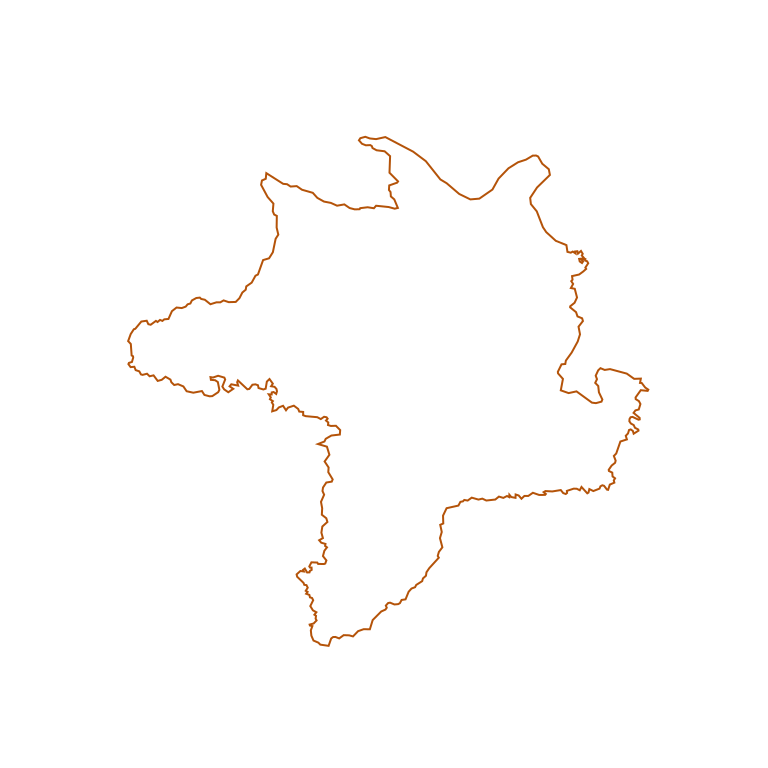 outline of Armero, Tolima, Colombia, rotated 290°
{"feature_id": "7082276B14946776938567", "entity_name": "Armero", "entity_type": "district", "adm_level": 2, "iso_a3": "COL", "parent_name": "Colombia", "parent_adm1": "Tolima", "projection": "robinson", "projection_center": [-74.888, 5.016], "detail": "fine", "context": "isolated", "style": "outline", "palette": "amber", "viewbox_px": 768, "rotation_deg": 290, "n_neighbors": 0, "source": "geoboundaries", "source_scale": "gbopen_adm2", "svg_char_len": 6166}
<svg xmlns="http://www.w3.org/2000/svg" viewBox="0 0 768 768"><g transform="rotate(290 384 384)"><path d="M608.9,457.7L621.0,460.6L637.2,468.4L642.2,465.4L645.1,457.4L650.5,451.0L650.7,448.8L649.5,445.7L643.4,440.7L638.2,434.1L629.3,427.2L616.2,421.4L603.8,419.4L590.8,410.2L587.0,402.0L588.3,389.7L594.1,374.2L595.5,367.0L607.7,347.1L612.3,331.9L616.5,300.8L611.4,292.8L609.9,286.7L609.9,281.9L606.9,277.7L604.4,277.1L602.2,281.2L602.1,285.3L603.8,289.4L603.4,291.2L601.8,292.5L601.1,297.1L602.9,305.0L600.2,311.8L584.4,316.9L579.2,327.9L577.7,327.5L572.4,321.0L568.0,322.3L566.6,324.5L562.6,326.3L561.0,330.5L554.2,336.8L552.4,334.1L551.9,327.9L548.8,315.6L545.7,314.4L544.5,308.2L541.1,301.5L539.9,301.3L538.1,296.8L537.6,291.5L539.2,285.3L535.5,278.9L536.0,272.1L534.9,265.2L536.1,257.7L539.3,251.7L538.5,240.5L540.1,234.3L537.6,228.7L538.6,224.6L537.6,220.8L541.9,201.3L536.4,202.7L533.5,199.7L529.1,200.4L519.9,210.7L515.7,218.4L508.3,220.4L505.7,222.8L505.3,225.8L494.3,229.6L488.2,233.6L483.4,232.5L469.8,234.5L462.8,233.0L459.1,228.0L443.8,228.1L441.8,226.2L434.0,225.0L428.6,221.2L425.3,221.8L421.5,219.6L415.2,218.8L410.4,216.6L407.8,210.1L407.7,204.7L404.7,202.2L403.5,198.7L399.6,193.6L401.9,186.8L401.4,183.1L402.2,181.4L400.6,178.2L396.8,174.9L393.4,174.5L391.7,172.2L388.9,171.2L386.2,168.0L384.9,162.9L379.9,159.8L371.4,159.2L369.6,155.4L367.5,154.2L367.6,151.6L364.8,150.0L365.3,148.1L359.9,144.5L359.6,142.1L362.3,139.4L359.7,134.6L350.8,131.4L349.9,130.2L344.3,128.9L336.8,128.9L335.0,132.4L324.5,137.1L324.2,138.7L323.0,139.3L318.5,139.6L316.6,137.1L315.3,137.0L313.2,140.1L314.8,143.5L312.1,145.9L312.2,149.7L309.9,152.3L310.0,154.0L312.6,157.8L311.1,161.1L313.3,164.5L309.5,170.3L311.9,173.7L316.1,176.2L315.1,181.8L312.9,183.6L311.3,187.2L313.4,190.5L313.1,196.3L309.7,201.0L310.6,207.8L315.1,215.3L312.3,219.0L312.8,224.4L313.9,226.8L319.6,231.0L322.2,231.3L329.0,227.2L329.8,224.0L328.7,219.9L331.1,218.6L331.6,221.1L335.0,225.3L335.4,231.8L333.9,233.2L326.3,233.0L324.3,235.6L323.0,240.5L327.9,244.0L329.0,239.7L331.5,240.6L332.6,247.5L335.5,245.4L337.4,245.5L332.3,257.4L333.3,259.1L338.3,260.6L339.7,263.3L339.7,266.0L337.3,267.5L337.6,272.5L339.1,274.4L346.2,273.1L349.5,274.7L346.3,279.4L343.3,278.7L343.9,282.1L342.6,284.6L340.6,285.9L337.8,286.1L338.7,283.0L337.7,281.4L335.7,282.0L334.9,279.2L332.7,282.2L330.7,282.0L329.9,285.4L328.3,284.9L326.6,287.1L320.1,288.3L322.7,291.8L326.0,293.2L329.0,296.6L325.8,300.9L329.0,301.9L332.8,306.7L331.2,311.9L329.1,313.8L330.1,317.6L327.0,318.7L327.0,321.4L330.0,332.7L329.4,336.6L332.7,338.9L333.1,341.4L332.1,342.9L329.8,342.0L328.8,344.8L326.3,345.4L326.4,348.4L328.3,353.1L325.7,358.6L321.4,359.8L317.6,352.2L312.6,348.0L309.6,347.7L305.0,342.5L305.6,351.8L298.8,356.9L290.9,354.7L286.6,360.5L282.1,361.8L276.8,368.4L274.4,368.3L271.7,363.5L265.9,362.1L262.4,362.8L259.5,365.6L251.7,365.1L246.1,368.4L239.9,370.3L238.1,375.7L235.0,378.0L229.0,374.8L222.9,376.0L218.3,379.3L215.0,376.5L213.4,379.3L213.7,383.7L211.7,384.0L211.0,386.3L206.9,385.0L201.4,385.5L198.5,390.2L195.2,390.2L194.3,389.2L192.4,383.6L193.4,382.4L191.6,376.8L187.0,376.2L186.2,377.3L186.7,378.7L184.6,379.6L183.0,378.3L181.5,378.4L180.6,376.2L183.5,372.7L181.6,371.5L180.4,372.8L179.7,369.4L175.2,367.0L173.2,368.3L169.6,376.4L168.0,377.8L168.5,379.9L166.5,382.0L162.9,381.2L162.5,383.3L160.3,382.6L160.3,386.0L158.2,387.4L158.3,389.6L156.6,391.4L150.1,390.7L147.0,394.6L146.4,398.5L143.4,397.5L142.9,399.4L140.1,400.0L138.8,401.5L134.9,399.8L132.5,396.4L131.7,397.0L132.0,399.5L127.5,399.5L122.7,401.8L118.8,405.5L118.5,410.8L117.3,413.3L119.0,421.5L126.8,421.4L128.8,422.7L129.7,424.9L129.6,428.9L134.2,432.0L135.9,437.2L136.2,441.2L142.9,444.2L146.6,448.7L148.7,454.6L158.3,454.1L169.3,459.2L172.5,462.5L174.7,463.1L176.4,461.5L179.6,462.8L180.6,464.5L180.4,469.2L182.0,472.6L183.5,473.9L187.1,474.4L189.0,477.9L197.2,478.2L201.2,479.8L203.7,482.7L206.2,483.0L211.8,487.3L214.6,487.1L218.2,489.0L221.6,488.3L226.4,489.5L239.5,494.9L240.8,493.3L245.0,493.0L250.5,494.7L258.3,489.3L264.7,488.9L270.9,485.0L273.2,487.4L280.5,484.5L288.7,485.3L295.2,495.5L299.4,496.1L300.7,498.3L302.5,499.1L303.1,502.5L307.2,505.3L307.7,512.3L309.9,515.6L309.5,520.0L313.5,528.1L317.5,530.5L317.8,535.1L320.8,537.9L320.5,540.4L322.8,539.7L321.3,542.3L322.0,546.5L325.2,545.5L325.3,548.7L323.2,552.4L326.8,554.2L328.2,557.9L332.7,561.1L332.8,567.7L334.9,573.3L336.0,573.7L337.0,571.0L338.6,572.3L340.6,578.9L344.8,586.4L342.8,589.7L342.8,592.4L344.2,593.3L346.1,592.4L350.5,598.0L351.5,600.9L351.1,604.3L354.8,604.8L350.8,612.4L351.9,613.3L355.5,612.9L355.0,617.3L359.4,622.3L361.9,622.4L363.5,623.8L363.6,625.6L361.0,629.7L361.2,630.8L366.7,630.6L370.1,634.2L372.0,632.9L374.4,633.4L375.3,630.4L378.8,628.8L379.2,625.1L380.2,624.5L385.2,625.8L389.0,628.1L391.2,627.9L395.0,624.6L398.1,626.0L410.8,625.8L415.0,631.2L418.0,628.9L421.0,630.2L424.6,630.0L425.7,631.4L425.0,633.9L422.7,635.6L427.2,639.1L428.2,638.5L428.7,634.8L430.8,632.7L431.3,629.5L432.9,627.3L435.1,626.7L437.1,627.1L438.1,628.8L437.5,635.4L438.2,636.4L439.6,635.8L442.2,628.4L445.2,629.3L447.2,632.1L452.9,631.8L455.1,629.4L455.9,625.7L457.4,625.0L466.0,627.4L467.7,634.1L469.1,634.3L470.0,630.7L473.1,625.8L472.6,624.2L476.9,623.5L474.4,617.3L476.8,608.6L475.3,591.3L472.7,586.6L472.9,582.0L470.1,580.6L464.2,580.1L461.4,582.5L457.3,582.1L455.4,586.0L449.7,588.8L444.1,594.5L441.8,594.4L438.5,589.7L437.6,585.8L442.9,567.4L438.6,560.6L438.5,552.3L450.0,550.4L453.5,543.9L454.9,543.2L463.2,544.1L464.8,547.5L468.2,546.9L477.7,549.6L490.2,551.5L497.7,551.2L504.4,547.2L511.2,549.4L513.5,547.7L513.7,542.7L517.2,539.9L519.7,532.7L520.7,532.4L525.5,535.3L531.3,535.8L538.7,530.7L538.1,526.8L542.7,527.5L544.7,524.8L546.5,525.5L549.7,523.8L553.6,529.9L557.8,532.7L561.3,534.6L562.3,533.4L567.3,534.6L568.8,532.9L568.8,530.9L570.1,530.5L568.2,527.4L567.1,529.1L565.4,528.7L566.1,526.0L568.3,524.6L570.6,529.2L572.4,525.9L574.3,526.2L576.4,523.6L572.9,521.7L574.9,520.3L573.9,518.3L572.2,519.3L573.0,516.1L571.3,514.6L570.9,511.2L576.9,507.9L577.3,496.5L582.2,484.5L585.7,479.7L598.5,468.5L603.3,460.5L608.9,457.7Z" fill="none" stroke="#b45309" stroke-width="2"/></g></svg>